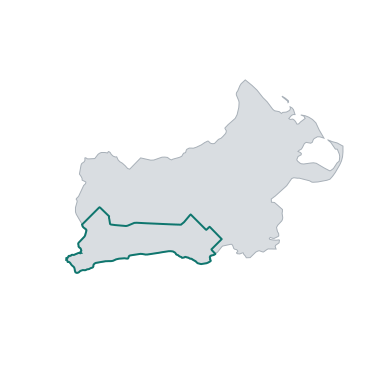 location of Chardzhou within Turkmenistan, rotated 135°
{"feature_id": "TKM-359", "entity_name": "Chardzhou", "entity_type": "Province", "adm_level": 1, "iso_a3": "TKM", "parent_name": "Turkmenistan", "parent_adm1": "", "projection": "equal_earth", "projection_center": [63.989, 39.075], "detail": "fine", "context": "in_parent", "style": "outline", "palette": "teal", "viewbox_px": 384, "rotation_deg": 135, "n_neighbors": 0, "source": "natural_earth", "source_scale": "10m", "svg_char_len": 6481}
<svg xmlns="http://www.w3.org/2000/svg" viewBox="0 0 384 384"><g transform="rotate(135 192 192)"><path d="M120.6,129.5L136.2,130.3L140.9,131.0L143.0,128.7L142.9,128.2L142.2,127.7L141.1,126.2L140.4,115.7L141.8,114.3L143.4,113.2L145.8,109.9L147.0,108.9L148.8,108.1L154.8,107.9L157.3,107.2L159.6,103.5L160.1,101.4L161.7,99.6L162.7,99.7L166.7,101.1L167.5,101.9L168.8,104.6L170.3,104.4L170.5,104.0L170.4,103.4L169.3,101.7L166.8,98.6L164.4,96.7L164.2,96.1L166.4,94.5L170.6,95.2L171.7,94.7L172.9,92.2L178.3,97.8L179.4,98.3L183.8,99.0L184.5,99.8L186.0,103.0L187.5,103.8L189.4,104.4L197.3,104.5L199.7,106.7L200.1,107.2L199.6,108.7L199.4,111.6L198.8,112.8L199.2,113.2L202.0,114.4L203.6,116.3L203.7,117.1L203.2,117.7L201.9,117.4L201.3,118.2L201.2,119.7L202.2,121.2L202.4,122.5L201.0,125.5L200.9,126.8L201.4,127.5L208.5,132.1L209.6,132.2L216.6,131.4L217.9,131.9L223.9,132.9L225.6,132.7L226.8,131.3L227.9,130.7L228.9,130.7L231.8,131.6L234.9,133.6L236.9,135.3L237.9,137.0L240.6,145.9L242.4,149.6L244.5,151.5L246.0,155.0L247.3,162.7L248.1,164.3L251.4,167.4L268.3,179.9L273.4,185.6L281.4,191.0L284.3,190.4L290.5,196.2L294.5,198.4L299.6,201.9L310.4,209.8L312.7,210.2L315.3,209.0L317.6,209.7L321.7,211.7L326.0,214.8L329.7,215.9L330.8,217.2L330.9,217.9L328.8,221.8L328.6,226.8L328.9,233.4L327.9,233.5L320.5,231.7L313.6,227.6L312.0,228.9L311.1,230.2L309.4,236.0L300.1,236.4L294.6,239.2L289.6,258.0L288.5,260.3L285.4,263.4L280.0,266.4L279.2,267.6L279.0,268.8L278.3,269.1L275.3,269.1L264.0,273.2L261.5,273.2L260.5,273.6L260.0,274.3L261.3,278.1L260.2,279.2L259.5,281.0L258.9,284.3L251.4,289.5L249.8,290.1L246.8,289.6L245.3,290.1L243.7,291.8L242.9,291.3L242.6,289.6L241.7,288.5L237.1,284.4L231.7,285.1L229.7,284.7L228.1,284.0L225.7,281.6L224.2,279.4L222.5,279.7L222.0,278.6L222.0,277.3L222.5,275.8L222.4,273.0L221.4,270.9L220.4,270.1L221.6,266.8L221.6,264.3L220.9,261.7L220.7,257.8L220.9,254.1L219.9,252.2L204.2,252.4L198.7,243.7L196.4,241.6L188.7,237.9L186.6,236.0L184.9,233.8L184.5,230.9L183.7,229.1L182.4,228.8L176.4,225.4L174.0,224.5L170.6,225.4L168.7,224.4L166.3,225.7L165.3,225.8L162.9,225.0L159.9,221.9L157.3,220.6L152.0,218.7L148.2,218.0L144.9,216.9L144.5,216.4L144.5,213.8L144.1,212.7L143.1,211.4L141.8,210.4L136.1,210.5L133.5,209.5L131.4,209.4L126.8,209.6L125.3,210.3L124.4,211.1L123.8,213.6L123.3,214.0L118.8,214.1L109.4,213.5L105.4,214.8L99.1,218.7L95.4,222.0L94.4,223.5L92.0,229.3L91.1,230.2L89.9,230.9L88.6,231.0L82.9,233.3L80.7,233.8L75.1,233.6L74.2,224.9L74.0,218.1L75.1,208.6L75.1,202.6L76.4,193.4L76.2,191.1L73.5,187.1L73.2,184.3L71.5,184.1L68.8,181.8L66.0,180.9L64.7,180.8L63.4,181.5L62.4,182.9L61.8,180.7L62.0,178.5L64.4,173.9L65.7,175.2L67.4,175.8L71.6,175.5L71.3,173.9L69.2,172.3L68.8,170.2L69.1,168.1L69.8,166.0L69.2,165.2L68.2,164.7L65.9,164.8L60.0,164.0L59.2,166.4L60.6,169.6L58.1,166.0L56.5,162.3L55.5,158.0L55.5,153.3L58.2,145.9L60.6,136.8L62.6,140.6L64.2,142.3L67.9,143.4L69.7,143.1L71.6,142.1L73.5,142.5L76.2,146.4L78.3,146.8L82.7,145.3L84.8,145.0L86.5,145.7L88.4,145.7L87.6,143.8L87.4,142.0L88.5,141.1L91.9,142.1L94.6,141.0L95.2,140.6L95.5,139.0L95.2,135.9L94.7,134.6L93.2,132.8L87.4,128.4L85.4,126.7L83.8,124.4L81.5,115.4L79.7,109.7L78.9,109.1L75.4,108.6L68.7,110.0L66.4,109.7L65.3,110.3L62.4,112.7L61.0,114.7L59.0,119.5L60.3,121.0L58.8,129.0L59.2,132.3L59.0,132.6L57.2,128.4L54.7,124.1L52.8,117.7L57.0,113.5L60.6,110.5L64.3,108.3L68.2,106.8L76.8,104.5L81.6,103.7L85.4,103.5L88.3,104.9L95.9,110.1L99.2,113.0L100.2,114.1L101.0,116.9L106.4,126.0L107.7,127.2L109.9,130.1L112.0,131.0L120.6,129.5ZM60.8,195.0L60.6,196.2L59.7,192.5L59.3,188.4L60.1,187.3L60.9,187.3L60.1,188.8L60.8,195.0Z" fill="#d9dde1" stroke="#a8b0b8" stroke-width="1"/><path d="M321.9,232.7L321.7,232.7L321.2,232.4L320.9,232.1L320.3,231.3L320.0,231.0L315.4,229.2L315.0,228.9L314.9,228.7L314.7,228.5L314.4,227.7L314.2,227.6L313.8,227.5L313.5,227.3L313.5,227.7L313.4,228.4L313.1,228.6L312.3,228.6L311.9,228.7L311.7,228.8L311.5,229.1L311.3,229.6L311.0,230.1L310.8,230.6L310.7,231.2L310.9,232.4L310.9,233.0L310.8,233.5L310.6,233.9L310.0,234.5L309.1,235.8L308.4,236.2L308.1,236.3L299.5,236.5L298.0,237.0L294.4,239.1L293.8,239.5L293.4,240.2L293.4,241.3L293.8,243.3L293.8,244.3L293.6,245.2L292.8,246.7L288.1,246.7L284.0,246.7L278.4,246.7L273.6,246.7L268.8,246.7L268.2,246.5L268.0,245.8L267.8,233.5L268.6,232.8L269.0,232.4L269.8,231.1L272.5,227.4L272.3,226.3L269.6,222.8L262.7,214.6L261.3,213.7L256.7,211.8L254.7,211.0L252.9,209.4L246.5,202.3L230.3,184.6L226.6,180.6L223.6,177.4L222.9,176.7L219.0,176.3L209.8,177.1L208.9,177.0L208.8,176.8L208.8,172.0L208.8,163.7L208.8,155.8L208.7,155.5L208.6,155.2L208.4,155.1L204.5,155.0L204.2,154.9L204.1,154.5L204.3,137.8L204.4,137.7L218.7,137.7L219.0,137.2L219.1,136.8L219.2,132.3L219.2,131.8L219.4,131.7L219.5,131.9L219.6,132.2L220.8,132.0L221.1,132.0L223.1,133.4L223.9,133.7L224.7,133.7L225.4,133.4L225.9,132.8L226.3,132.0L226.8,131.7L227.0,130.8L227.3,130.2L227.7,130.0L228.4,130.1L230.3,130.6L232.0,131.3L236.4,134.5L236.8,135.0L238.2,137.4L238.4,137.8L238.4,138.3L238.4,140.1L238.5,140.5L238.4,140.7L238.6,141.2L239.2,143.4L239.4,144.6L239.6,145.1L239.8,145.5L240.4,146.2L240.6,146.5L241.0,148.1L241.3,148.7L242.0,149.7L242.1,149.9L242.3,150.5L242.8,151.0L243.8,151.3L245.4,152.3L245.6,152.5L245.6,153.6L245.8,154.1L246.3,155.1L246.4,155.6L246.5,156.1L246.5,156.8L246.6,157.3L247.2,158.6L247.3,159.2L247.1,159.6L247.0,160.1L246.9,160.7L246.9,161.3L247.3,162.7L247.5,163.4L248.9,165.2L249.1,165.4L250.2,166.5L252.5,168.2L255.2,170.2L258.5,172.5L265.0,177.3L267.7,179.3L269.0,180.5L271.1,183.5L272.3,184.8L274.5,186.4L277.3,188.5L280.5,190.8L281.1,191.1L281.7,191.2L282.2,191.1L283.8,190.3L284.4,190.3L284.8,190.6L285.5,191.4L286.6,192.9L290.8,196.5L293.4,198.1L296.3,199.1L297.7,200.0L300.3,202.5L302.2,204.3L304.9,206.2L306.9,207.6L310.2,209.9L311.6,210.3L313.0,210.2L313.5,209.9L314.4,209.1L315.0,208.9L315.7,208.9L317.7,209.9L319.0,210.2L319.6,210.5L320.9,211.5L322.2,211.9L322.8,212.2L323.4,212.8L324.4,214.0L326.4,215.0L327.0,215.2L328.6,215.2L329.3,215.4L330.1,215.8L330.7,216.3L331.0,217.0L331.2,217.6L330.5,219.1L329.4,220.6L328.7,221.9L328.6,222.9L328.8,225.0L328.7,226.1L328.3,227.9L328.3,228.8L328.5,229.6L328.9,229.9L329.3,230.3L329.3,230.7L329.0,231.2L328.7,231.7L328.4,232.1L328.3,232.6L328.8,233.0L328.5,233.2L328.1,233.6L327.8,233.9L327.7,234.1L327.2,234.0L326.9,233.5L326.7,233.4L326.2,233.5L324.8,233.9L324.3,233.9L323.9,233.6L323.6,233.2L323.4,233.1L323.2,233.0L322.8,232.7L322.6,232.7L321.9,232.7Z" fill="none" stroke="#0f766e" stroke-width="2"/></g></svg>